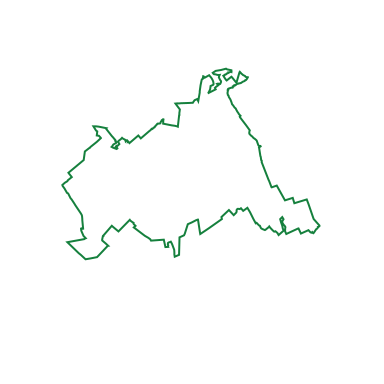 outline of Casimcea, Constanta, Romania, rotated 313°
{"feature_id": "2599482B44303856629516", "entity_name": "Casimcea", "entity_type": "district", "adm_level": 2, "iso_a3": "ROU", "parent_name": "Romania", "parent_adm1": "Constanta", "projection": "albers", "projection_center": [28.387, 44.73], "detail": "fine", "context": "isolated", "style": "outline", "palette": "green", "viewbox_px": 384, "rotation_deg": 313, "n_neighbors": 0, "source": "geoboundaries", "source_scale": "gbopen_adm2", "svg_char_len": 6007}
<svg xmlns="http://www.w3.org/2000/svg" viewBox="0 0 384 384"><g transform="rotate(313 192 192)"><path d="M166.9,226.7L177.2,229.1L192.6,232.3L193.8,230.6L204.0,231.3L203.5,238.3L207.2,238.4L208.2,237.9L209.1,237.0L209.7,236.8L210.6,236.8L211.0,237.0L212.1,238.6L213.5,238.9L213.1,242.3L218.2,243.3L216.8,248.2L214.2,255.1L212.6,259.9L213.1,260.0L213.5,260.2L213.5,260.4L213.4,261.2L213.3,263.7L213.4,264.4L213.6,264.7L212.8,266.5L212.6,267.4L212.9,268.7L213.9,271.3L214.5,271.5L218.9,272.1L219.5,272.0L219.2,273.7L219.0,277.0L219.0,279.0L219.2,279.3L220.2,279.8L220.3,282.4L219.6,284.7L226.5,285.4L226.9,283.9L227.1,283.5L228.6,281.4L228.9,281.3L228.9,281.0L230.5,277.9L232.3,275.0L235.2,275.1L234.5,277.5L232.1,278.0L231.2,278.9L230.5,281.4L230.5,282.6L230.2,283.8L230.0,284.3L229.4,284.6L227.1,286.5L226.5,287.4L225.6,289.6L227.4,290.3L237.9,294.6L238.0,294.7L235.9,300.0L243.5,303.2L243.4,304.7L243.3,306.1L243.6,307.0L243.9,307.4L244.7,307.3L244.6,308.3L244.6,308.8L245.2,308.9L249.5,308.2L250.6,308.5L252.0,308.3L252.3,307.9L253.2,308.4L253.9,308.5L254.4,308.1L254.8,303.6L255.0,301.7L255.2,299.5L255.3,299.2L262.7,285.3L264.8,281.0L253.6,274.5L256.4,269.7L249.3,265.7L254.5,249.6L249.9,247.2L249.7,247.0L249.7,246.9L252.7,240.8L253.1,239.7L261.4,222.5L262.3,221.9L262.5,221.5L262.5,220.9L263.5,219.6L264.6,218.3L264.8,217.7L265.4,216.9L270.1,210.9L270.2,210.7L271.0,210.8L272.2,211.1L272.3,210.9L272.3,210.6L271.9,210.2L271.3,209.3L271.5,208.5L273.7,204.3L273.8,203.7L273.7,201.3L273.5,200.7L273.5,199.2L273.7,198.4L273.5,196.7L273.7,194.3L274.2,193.6L275.9,192.4L276.5,192.2L277.7,186.1L279.4,176.1L279.8,175.4L280.8,175.5L281.0,173.0L281.3,172.2L281.7,170.3L282.5,167.9L282.8,167.3L282.9,166.7L282.8,165.6L283.4,163.0L283.5,161.5L284.5,159.8L285.9,156.9L286.6,154.2L287.0,153.5L287.4,153.0L287.5,152.5L287.4,152.1L287.6,151.8L288.3,150.9L288.5,150.5L288.9,150.3L289.2,150.0L289.5,149.9L290.1,149.5L290.3,149.2L290.6,149.1L290.9,148.5L291.4,148.3L291.5,148.7L291.6,148.8L292.0,148.6L292.1,148.3L292.5,148.2L295.1,149.6L296.0,150.5L296.7,150.1L297.0,150.3L297.2,150.0L297.4,150.2L297.8,150.1L298.0,150.3L298.7,150.1L298.8,150.4L299.1,150.4L299.1,150.6L299.4,150.9L301.5,151.2L302.4,151.6L302.6,151.9L303.1,152.0L303.4,152.3L303.7,152.4L304.1,152.9L305.0,153.3L305.2,153.5L307.2,153.9L309.1,154.8L309.7,154.6L310.2,154.8L310.6,155.1L311.0,155.0L311.3,155.1L311.9,155.1L312.5,154.9L313.8,154.7L314.0,154.6L313.9,154.4L313.5,154.3L312.8,152.6L313.0,151.8L312.3,149.2L312.4,148.6L312.2,147.2L312.3,146.8L312.4,146.6L312.4,146.4L312.5,145.0L311.9,145.1L302.2,150.0L303.2,142.7L303.2,142.2L297.2,141.3L297.2,140.4L297.4,139.7L297.5,138.8L298.4,135.7L299.4,136.2L299.7,136.2L300.0,135.9L301.6,136.8L302.1,136.6L302.8,136.8L303.6,137.3L304.0,137.4L304.3,137.1L304.6,137.6L305.2,137.8L306.1,138.3L306.6,138.6L306.7,139.0L307.0,138.8L307.9,137.8L305.6,134.0L305.4,132.8L301.0,130.0L296.7,126.7L293.3,125.9L293.1,127.0L293.2,127.8L294.1,129.0L294.9,130.6L296.0,132.0L296.5,132.4L295.1,132.9L294.2,133.4L294.1,133.6L293.1,136.2L292.9,137.5L292.6,137.9L292.3,138.2L290.4,138.9L290.2,138.9L289.9,138.7L289.5,137.8L289.0,137.1L288.2,136.6L288.0,138.4L284.9,137.8L283.7,137.8L283.2,139.3L275.8,136.6L276.0,136.2L276.5,136.2L279.5,135.2L282.2,133.3L284.8,134.4L285.4,134.3L285.9,133.9L287.1,132.4L287.9,130.8L288.5,129.0L288.8,127.5L288.9,126.3L289.1,124.9L285.1,123.6L284.6,122.9L284.3,123.3L283.9,123.1L284.5,121.5L284.4,121.4L284.2,121.8L283.5,121.7L282.3,122.5L282.2,122.7L281.0,122.4L280.3,122.8L276.0,125.4L271.0,128.9L269.9,129.9L262.7,134.6L263.5,132.4L260.9,131.3L258.5,131.6L258.0,131.8L257.7,131.7L257.4,131.3L255.6,129.6L249.1,123.1L247.9,122.1L246.9,120.9L245.4,119.6L245.0,121.7L244.1,126.8L242.3,128.1L241.1,128.9L239.7,130.3L239.4,130.2L238.6,130.8L230.1,137.1L229.8,136.2L228.8,134.4L226.9,131.7L222.3,124.3L224.6,122.3L226.3,121.2L225.3,121.3L223.9,120.9L222.8,121.3L222.1,121.3L220.6,122.0L219.5,121.2L219.2,120.8L218.6,120.5L218.5,120.2L218.0,120.1L217.6,120.3L216.3,120.2L214.6,120.4L214.4,120.2L214.0,120.4L213.5,120.5L212.8,120.0L211.3,120.1L211.0,120.0L211.0,119.6L210.8,119.4L208.7,119.5L208.1,119.3L196.3,118.0L196.7,114.2L185.1,112.9L185.3,111.9L185.2,111.4L184.9,111.2L185.4,111.0L185.5,109.3L184.0,109.1L184.8,108.3L184.7,108.1L184.3,108.0L184.6,107.4L183.9,104.9L183.9,103.9L182.1,103.9L179.7,103.5L178.4,103.5L178.1,103.8L177.8,105.6L177.5,106.2L174.6,106.0L174.4,105.9L174.5,105.5L174.4,105.3L173.0,105.4L172.9,106.3L173.1,106.6L173.2,107.2L173.0,107.7L172.0,107.5L170.5,103.8L170.2,102.5L171.0,102.6L171.6,102.3L173.1,102.1L176.1,103.0L176.9,102.4L177.0,101.4L177.2,101.5L177.6,100.9L177.8,100.0L177.9,98.1L178.1,97.6L178.2,95.5L179.7,85.9L180.3,85.9L176.1,79.1L174.4,76.8L172.8,75.1L171.5,79.9L171.7,81.4L168.4,83.8L169.6,85.6L169.4,88.4L169.3,88.6L163.7,88.2L155.5,87.0L154.9,87.2L154.1,86.9L148.6,86.0L141.5,91.0L121.8,88.5L121.6,89.4L120.9,93.9L115.9,93.2L114.9,93.5L112.1,92.7L108.7,92.4L108.2,93.3L107.6,96.4L106.7,99.2L106.7,99.5L106.1,101.0L106.4,102.0L106.4,102.6L104.6,107.5L104.5,108.9L103.3,113.8L102.8,115.5L100.5,125.4L100.0,127.0L99.4,128.0L97.7,129.9L96.4,131.2L90.9,137.4L90.5,137.1L90.2,136.1L89.6,135.8L88.5,137.0L87.9,138.0L85.9,142.6L85.7,145.8L85.5,145.7L85.6,145.2L85.0,145.2L84.3,145.4L84.0,145.3L70.3,135.1L70.0,150.9L70.2,153.6L70.2,160.0L74.1,163.0L79.5,166.9L79.6,167.0L94.0,167.1L95.1,167.1L95.5,167.4L95.5,164.0L95.3,159.4L96.0,158.7L99.0,156.9L99.3,157.1L99.4,156.9L112.6,156.4L112.6,157.6L113.0,165.1L129.2,165.5L129.0,166.3L129.3,169.0L129.6,170.3L129.1,170.6L128.8,171.2L128.7,173.8L126.4,173.6L127.8,187.4L128.7,191.4L128.9,193.2L129.0,193.6L128.5,195.2L137.9,203.9L133.6,210.1L135.6,212.0L135.9,211.4L136.8,211.0L137.3,209.9L138.4,209.2L139.1,209.3L140.8,210.3L141.2,210.4L140.8,211.7L140.2,213.2L137.6,218.4L135.8,220.3L134.3,221.7L132.9,223.5L137.2,225.4L150.3,213.8L154.9,215.7L155.2,215.6L156.5,215.2L165.6,210.9L169.6,212.6L174.1,214.2L175.7,215.0L175.9,215.2L167.7,225.6L166.9,226.7Z" fill="none" stroke="#15803d" stroke-width="2"/></g></svg>